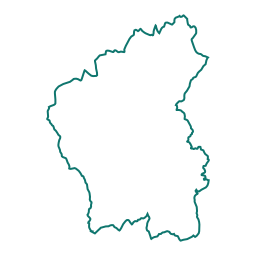 outline of Pac Nam, Bắc Kạn, Vietnam
{"feature_id": "81297802B12739753000309", "entity_name": "Pac Nam", "entity_type": "district", "adm_level": 2, "iso_a3": "VNM", "parent_name": "Vietnam", "parent_adm1": "Bắc Kạn", "projection": "equal_earth", "projection_center": [105.684, 22.609], "detail": "fine", "context": "isolated", "style": "outline", "palette": "teal", "viewbox_px": 256, "rotation_deg": 0, "n_neighbors": 0, "source": "geoboundaries", "source_scale": "gbopen_adm2", "svg_char_len": 5827}
<svg xmlns="http://www.w3.org/2000/svg" viewBox="0 0 256 256"><path d="M208.7,180.2L207.6,180.0L206.6,179.4L205.8,179.3L204.7,179.8L204.2,179.8L203.9,179.2L203.9,178.8L204.1,178.6L205.4,178.1L205.5,177.4L205.3,176.4L205.0,175.9L204.5,175.6L202.2,175.2L201.7,175.1L201.6,174.8L201.7,174.4L202.3,173.7L204.1,172.9L205.0,172.2L205.1,171.7L205.1,171.0L204.4,169.2L203.3,168.1L203.2,167.1L203.6,166.0L205.6,165.8L206.7,163.4L208.5,160.9L208.8,160.1L208.7,159.7L208.5,159.4L207.7,159.1L207.9,157.3L207.9,156.6L207.7,156.0L205.1,153.9L204.1,152.1L203.4,150.4L201.0,149.5L200.4,146.9L199.7,146.8L198.5,146.9L197.4,148.7L197.0,148.8L195.4,148.3L194.6,148.6L193.9,149.0L193.5,149.0L192.7,148.5L191.7,148.6L191.0,148.3L191.0,147.8L191.7,146.7L191.6,146.4L191.1,145.5L190.6,144.2L190.0,143.6L189.6,142.6L189.0,142.2L188.4,141.9L187.5,141.9L187.2,141.6L187.3,141.3L188.1,140.6L188.4,139.9L188.3,138.5L188.3,137.8L188.6,137.2L190.2,136.3L190.5,135.9L190.7,134.9L192.0,133.9L192.0,132.9L192.8,132.0L193.0,131.4L192.8,130.5L192.5,129.8L191.0,128.3L190.8,126.4L187.6,120.5L186.8,119.9L184.7,119.1L184.6,118.4L184.9,116.3L184.5,114.0L184.1,113.2L183.4,112.5L182.2,111.7L181.3,110.7L180.5,110.3L179.0,110.0L176.7,110.0L176.6,109.3L177.1,108.5L177.2,107.6L176.8,105.5L175.9,105.1L176.5,103.9L179.0,101.4L179.6,101.2L181.0,101.4L181.6,101.3L183.7,100.1L184.1,99.4L184.4,97.9L184.3,96.0L184.5,94.3L184.8,93.4L187.0,90.7L189.5,86.4L189.9,83.6L190.8,80.7L191.2,80.0L192.5,79.2L192.9,78.7L193.2,77.9L193.9,77.5L195.7,76.9L196.3,76.2L197.8,73.0L199.1,71.6L201.3,69.7L203.4,66.1L205.6,64.2L206.4,60.4L207.3,58.3L208.0,57.5L205.4,56.3L203.2,55.9L202.5,55.5L201.5,54.5L200.5,54.0L199.0,53.8L197.5,53.1L196.2,51.9L195.2,50.2L194.0,47.1L191.9,41.0L191.6,39.9L191.8,39.0L192.9,37.9L195.9,33.7L196.2,33.0L196.2,30.0L195.6,27.8L194.5,26.5L193.8,26.3L193.1,26.4L191.7,27.3L190.8,27.5L190.6,27.4L190.3,26.9L190.1,26.1L188.1,24.6L187.7,23.0L187.2,19.9L187.2,18.9L183.8,15.5L183.4,15.4L182.0,16.6L181.3,16.8L180.7,16.9L180.2,16.7L179.6,15.9L178.8,16.5L175.7,17.7L174.7,18.8L174.4,20.2L174.4,22.2L173.1,23.6L172.2,24.5L171.7,24.5L167.6,22.6L166.0,22.6L165.4,22.9L165.0,23.6L164.1,26.6L163.2,26.9L162.1,27.7L161.3,28.8L159.3,33.2L158.8,32.8L157.4,30.8L156.3,27.8L155.9,25.8L155.6,25.5L155.3,26.2L154.0,29.9L153.6,31.6L153.6,33.1L153.2,34.6L153.1,35.1L152.7,35.3L151.5,34.8L150.3,35.2L149.6,35.0L145.6,33.3L144.3,32.5L142.2,30.9L141.1,29.3L140.5,28.9L140.0,29.2L138.8,30.6L138.0,31.1L136.4,30.0L135.8,29.8L134.5,30.3L134.1,31.4L133.9,34.4L133.6,35.1L131.2,36.6L129.5,38.9L125.8,45.9L124.4,49.2L124.3,49.7L124.5,51.3L124.4,51.9L124.1,52.1L120.9,51.6L119.2,52.1L118.1,52.1L115.9,50.5L115.1,50.3L114.6,50.4L114.2,50.7L113.9,51.5L113.3,52.0L112.8,52.0L109.2,50.8L107.6,50.6L106.5,50.8L106.0,51.3L105.5,54.3L99.8,55.4L98.8,56.4L97.3,58.3L95.0,60.5L95.0,61.4L95.8,65.2L96.1,68.6L97.0,72.7L97.1,75.2L96.3,75.9L93.1,76.1L91.3,75.7L88.6,73.6L85.4,70.7L84.7,70.3L84.4,70.9L81.9,78.6L81.3,80.1L80.9,80.4L80.4,80.5L78.1,79.2L76.2,78.7L74.6,78.8L73.6,79.0L72.5,80.0L70.0,81.8L63.3,84.0L58.6,86.5L56.5,88.8L55.4,90.5L54.9,91.8L54.9,93.4L55.4,99.5L55.4,102.0L55.4,103.3L55.0,104.1L53.9,104.9L50.4,106.2L48.9,107.0L49.1,107.7L49.0,108.4L48.6,109.4L47.9,110.5L47.7,111.4L48.1,116.5L47.9,117.5L47.4,118.4L47.2,119.0L47.5,119.4L49.3,120.3L49.7,121.0L49.9,122.3L50.5,123.3L51.3,124.0L52.1,125.3L53.2,126.0L53.7,127.2L54.1,128.7L54.5,129.6L55.3,130.2L56.1,131.1L57.8,133.7L58.2,134.6L60.1,136.3L60.3,137.0L60.1,138.4L59.3,140.0L58.7,142.5L58.4,144.6L58.4,145.7L58.6,146.7L59.1,147.8L60.0,150.1L60.2,151.8L61.6,154.0L61.9,156.3L62.9,157.1L65.8,158.2L66.4,159.1L67.7,162.7L68.8,164.5L69.4,166.3L69.4,167.4L69.2,168.5L69.9,168.8L70.8,168.9L74.6,168.1L75.9,168.6L78.7,170.8L80.1,172.6L81.3,174.6L81.8,175.8L82.9,176.1L83.5,176.6L83.9,178.0L84.8,179.6L85.2,181.0L85.5,182.6L86.5,183.7L87.0,184.5L87.6,189.1L89.3,192.3L89.6,193.7L90.0,196.8L89.8,199.7L90.6,201.4L91.5,202.2L91.5,203.1L91.1,204.4L91.0,205.4L91.1,206.4L90.7,207.8L90.2,208.4L89.3,208.8L88.9,209.8L88.8,212.0L88.2,213.8L87.5,214.8L87.8,215.8L89.9,218.0L90.4,219.0L90.1,220.0L89.6,220.9L88.6,221.8L88.3,222.7L88.7,222.7L89.2,223.3L89.1,225.8L89.1,227.0L89.3,227.8L90.0,229.2L90.7,230.4L91.4,231.1L91.8,231.2L91.3,231.5L94.9,233.4L99.3,229.2L100.0,228.7L100.6,227.8L105.8,226.4L108.5,226.3L110.3,225.4L111.7,225.1L112.7,225.1L113.3,225.3L114.5,227.1L116.4,228.0L118.4,229.9L119.4,230.5L119.9,230.1L121.2,228.1L123.2,224.1L125.4,221.3L126.4,220.4L127.1,220.0L128.5,220.1L129.2,220.8L130.2,222.4L131.8,224.4L132.1,224.3L133.6,222.1L135.1,221.1L136.4,221.3L137.1,221.2L137.4,221.1L137.8,220.1L138.1,219.8L139.2,219.7L139.8,219.5L140.3,219.2L140.8,218.5L141.2,218.2L141.8,218.2L143.1,218.4L143.5,218.4L144.6,217.8L146.8,215.8L147.1,214.7L147.5,213.9L148.3,215.9L149.1,217.0L149.5,218.3L149.4,218.9L147.7,222.1L147.2,223.6L147.1,225.3L146.5,227.8L146.6,228.7L146.9,229.9L147.2,230.5L148.8,231.5L148.9,231.9L150.3,236.0L151.0,238.5L151.3,238.9L152.8,237.8L154.3,237.1L157.4,236.4L158.6,234.8L158.9,234.1L161.0,233.9L161.4,233.4L162.6,232.5L164.2,232.3L166.7,231.3L167.3,231.2L168.1,231.4L168.6,231.7L169.3,231.8L169.6,232.1L170.2,233.2L170.9,233.8L171.5,234.0L172.9,234.3L174.0,233.9L174.6,235.1L175.2,235.6L177.6,236.1L177.9,236.3L179.4,239.4L180.5,240.6L180.8,240.6L183.3,239.8L187.2,239.1L191.7,236.9L192.3,236.5L193.4,235.5L195.1,236.9L195.3,236.8L196.7,235.8L198.7,233.3L199.2,231.2L199.4,224.6L199.1,221.9L198.4,219.3L197.2,217.4L197.0,216.8L197.3,215.3L197.1,214.4L196.6,213.2L197.0,211.4L197.0,210.4L196.7,206.9L194.7,202.0L194.6,201.2L194.7,199.9L194.4,198.5L194.4,197.4L194.7,196.4L194.9,195.9L195.5,195.2L196.4,194.4L197.3,194.0L197.6,193.6L197.6,193.4L196.3,192.2L195.6,190.9L196.3,189.8L197.4,191.3L199.3,191.3L201.5,189.7L205.9,187.4L207.4,185.6L208.2,183.3L208.7,180.2Z" fill="none" stroke="#0f766e" stroke-width="2"/></svg>